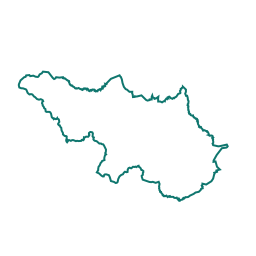 outline of Nong Prue, Kanchanaburi, Thailand, rotated 338°
{"feature_id": "78962969B48992578424572", "entity_name": "Nong Prue", "entity_type": "district", "adm_level": 2, "iso_a3": "THA", "parent_name": "Thailand", "parent_adm1": "Kanchanaburi", "projection": "robinson", "projection_center": [99.466, 14.685], "detail": "fine", "context": "isolated", "style": "outline", "palette": "teal", "viewbox_px": 256, "rotation_deg": 338, "n_neighbors": 0, "source": "geoboundaries", "source_scale": "gbopen_adm2", "svg_char_len": 5821}
<svg xmlns="http://www.w3.org/2000/svg" viewBox="0 0 256 256"><g transform="rotate(338 128 128)"><path d="M213.6,182.3L213.4,180.4L206.6,179.3L204.8,178.8L200.5,175.8L200.6,174.1L201.4,173.8L202.0,172.4L202.2,170.9L202.6,170.6L202.7,169.7L202.4,169.5L202.3,168.8L203.4,168.7L203.2,168.1L203.4,167.1L202.8,166.3L202.3,166.3L201.2,165.6L201.0,165.8L200.7,165.7L200.7,165.2L200.1,164.7L200.5,164.7L200.4,164.4L200.7,163.3L200.5,161.5L199.9,161.3L199.8,160.9L200.0,160.4L199.1,159.9L198.1,158.7L196.8,158.6L196.9,158.1L196.6,157.9L196.7,157.3L195.9,155.4L196.1,154.5L195.9,154.2L194.7,154.3L194.2,153.5L194.7,152.8L194.4,150.6L194.7,149.1L195.0,148.9L194.8,148.4L195.2,148.3L195.2,147.7L195.5,147.9L194.9,147.2L195.6,146.8L195.3,146.1L195.4,145.4L195.1,145.0L194.2,144.8L194.2,144.2L193.3,143.3L193.4,142.8L192.9,142.4L192.8,141.6L193.0,140.7L192.1,140.5L191.4,140.0L190.9,139.4L191.0,138.4L190.1,137.9L190.0,137.5L190.4,136.9L190.2,136.2L190.7,135.7L190.6,134.2L190.9,134.0L190.8,133.3L191.6,131.5L191.5,131.2L192.0,130.9L192.2,130.1L191.7,129.3L192.4,128.2L192.9,128.2L194.2,125.8L194.1,124.3L194.7,122.3L194.9,120.3L193.9,120.0L193.9,117.6L195.2,116.2L196.1,114.1L194.4,110.3L194.2,110.8L193.1,110.9L192.7,111.4L191.6,111.4L191.2,112.4L190.1,113.1L189.9,114.7L189.5,115.3L187.3,115.2L184.5,117.1L183.3,117.1L182.0,117.7L181.4,117.1L180.2,117.6L178.9,116.4L178.1,114.4L177.5,114.3L176.4,114.4L176.4,115.7L175.6,115.3L175.3,115.6L175.1,115.0L174.7,115.0L172.7,116.2L172.2,117.0L171.8,116.6L171.0,116.6L169.2,117.0L167.9,115.6L165.9,114.8L166.9,112.0L167.8,110.4L165.1,111.1L163.6,110.9L163.8,110.2L162.8,109.4L162.5,108.5L162.7,106.9L161.7,107.9L160.6,110.4L158.8,109.6L158.5,110.2L156.4,109.9L155.3,108.8L152.7,102.8L147.9,102.1L146.2,101.2L145.9,101.7L144.2,101.2L144.9,98.6L144.8,97.5L145.5,96.0L142.9,95.0L141.4,92.0L140.4,91.1L139.6,88.3L139.8,84.2L140.5,80.7L140.5,78.0L140.1,77.4L139.9,76.0L130.6,76.0L125.4,78.3L124.6,79.2L123.5,78.5L123.5,79.2L122.5,80.2L122.0,79.8L121.7,80.0L122.0,80.7L121.5,80.7L121.2,80.2L119.7,79.9L119.4,80.6L119.7,81.6L119.2,82.1L118.3,81.5L117.0,82.5L117.0,81.7L116.3,81.8L116.0,81.4L115.4,81.8L114.6,81.5L113.5,82.5L112.9,82.0L112.0,82.1L111.9,81.2L110.9,81.1L111.0,80.5L111.4,80.3L111.3,79.9L109.9,79.2L108.9,79.4L108.9,79.0L108.3,79.0L108.0,79.5L107.3,78.7L106.3,79.5L105.4,78.6L105.4,76.7L105.1,76.4L104.7,76.6L104.8,76.3L104.1,76.2L104.2,75.9L103.5,75.4L102.9,75.5L102.4,75.0L102.0,75.2L101.9,74.8L101.0,74.9L100.7,75.4L100.1,75.7L99.4,75.1L99.0,74.2L98.4,74.1L97.2,72.4L95.9,72.4L95.1,71.8L94.6,72.0L93.8,71.3L93.5,70.0L92.5,69.0L92.3,67.8L91.3,67.0L91.1,67.2L90.4,65.9L90.6,65.7L90.4,63.5L90.9,62.9L90.9,62.3L89.8,61.5L89.8,61.0L89.2,60.5L88.3,58.6L87.8,58.5L87.3,57.6L86.8,57.8L86.3,57.4L86.6,56.5L83.3,55.6L80.4,54.0L79.3,54.8L77.8,54.9L77.0,53.3L75.1,46.5L70.3,43.9L68.5,45.0L66.2,45.2L64.5,46.6L63.5,46.9L61.5,45.8L59.8,44.0L56.8,43.3L56.4,42.0L53.3,41.1L52.2,42.2L50.8,42.0L46.2,43.6L43.2,46.6L42.7,47.7L42.4,49.7L43.8,51.1L45.5,51.9L47.8,53.9L48.1,54.8L48.1,57.8L49.0,59.7L49.4,60.1L50.7,60.2L51.9,61.1L52.7,63.7L53.4,64.5L54.5,67.1L56.1,68.4L57.9,68.6L59.3,70.1L59.4,71.4L58.2,71.8L57.5,73.0L57.7,74.1L57.3,75.3L57.8,76.7L57.7,78.3L58.5,79.4L57.9,81.8L58.6,82.6L61.0,83.5L61.8,84.3L62.0,85.9L61.4,89.4L61.9,90.7L62.6,91.0L62.5,92.0L63.6,91.9L64.3,92.7L65.2,92.9L66.1,92.3L66.1,92.9L66.9,93.8L67.0,94.6L66.6,96.6L64.8,97.9L64.6,98.5L65.1,99.7L65.7,100.0L65.7,101.7L66.2,102.7L65.5,105.4L65.8,108.3L65.3,109.6L66.3,111.6L67.6,112.3L68.0,112.9L67.2,114.5L67.2,115.4L66.3,115.8L66.0,116.5L65.9,117.5L66.2,118.4L68.4,117.0L69.1,117.3L70.2,118.5L71.7,118.3L72.8,118.8L74.8,120.7L76.0,120.8L77.2,121.6L79.7,122.4L80.6,121.7L81.5,121.8L81.4,122.3L82.0,122.6L82.9,122.0L83.7,120.1L84.6,120.6L85.9,120.3L87.8,121.2L89.1,120.5L89.2,119.9L89.6,119.8L89.6,118.7L90.0,118.0L91.3,117.6L91.9,117.7L93.3,118.7L93.4,119.9L92.0,122.5L92.2,123.4L92.8,124.0L91.7,125.3L91.8,126.3L92.3,127.3L94.0,128.5L95.6,131.7L97.2,132.3L97.6,133.1L98.9,133.9L99.2,135.4L99.5,139.8L98.4,142.0L97.5,142.7L97.8,144.3L96.6,144.5L95.2,146.3L94.6,147.3L94.2,148.9L91.6,148.9L90.7,149.7L89.5,150.2L87.7,152.1L86.2,152.9L84.9,155.0L84.7,155.8L82.5,157.5L84.2,159.3L85.5,162.2L86.5,163.5L87.4,163.8L88.5,162.5L89.3,162.4L90.7,163.0L92.6,164.6L92.7,166.8L92.3,170.8L94.8,172.7L96.0,174.4L97.1,174.6L98.1,174.2L99.9,171.6L102.0,169.7L104.1,169.0L106.0,169.0L107.4,167.9L108.8,167.4L110.0,168.4L111.1,168.6L112.2,166.4L113.5,165.4L114.7,165.4L115.6,166.4L116.0,166.6L118.1,165.8L119.5,166.6L120.4,166.6L121.1,167.4L123.1,166.9L123.7,167.0L123.5,168.0L123.9,168.3L124.6,169.8L124.7,172.0L125.3,172.3L126.1,173.6L125.6,174.8L125.0,175.1L124.2,177.0L122.8,177.4L122.5,178.4L122.3,181.4L127.6,186.0L129.2,186.9L130.8,187.2L133.1,189.2L136.3,189.4L136.3,191.7L134.9,193.8L134.6,195.2L134.2,195.6L134.2,196.7L133.9,197.4L134.2,198.1L133.8,199.2L134.4,199.9L134.7,199.9L134.6,201.0L135.2,202.4L135.0,203.2L135.4,203.4L135.3,203.9L135.7,204.7L136.3,204.9L136.7,204.7L137.2,205.2L138.3,205.1L138.8,206.6L139.1,206.4L140.5,207.0L140.7,206.6L141.1,206.7L140.7,207.4L144.3,208.9L144.7,210.1L146.2,210.8L147.1,210.8L147.3,212.1L148.2,212.1L148.8,212.5L148.7,212.9L148.2,212.7L147.7,213.2L147.8,213.8L148.3,214.1L148.2,214.6L148.7,214.9L149.0,214.6L150.5,214.4L151.0,214.7L152.1,214.7L152.7,214.3L152.7,213.8L153.3,213.6L153.9,214.4L155.3,213.6L156.6,214.2L158.1,214.5L160.1,213.9L164.2,213.7L166.4,213.1L169.7,213.7L172.2,212.7L173.0,211.8L174.6,211.9L174.7,210.9L175.2,210.6L175.0,210.1L174.8,209.7L174.8,208.9L175.8,208.5L176.2,207.5L179.3,209.7L185.4,208.6L188.0,206.8L190.6,203.2L191.2,202.8L191.2,201.8L194.2,202.0L194.4,201.3L193.9,200.8L194.0,200.5L197.6,200.9L196.0,197.3L196.6,191.8L194.6,191.4L195.2,190.2L200.2,186.2L207.5,181.9L211.8,183.0L212.6,182.9L213.6,182.3Z" fill="none" stroke="#0f766e" stroke-width="2"/></g></svg>